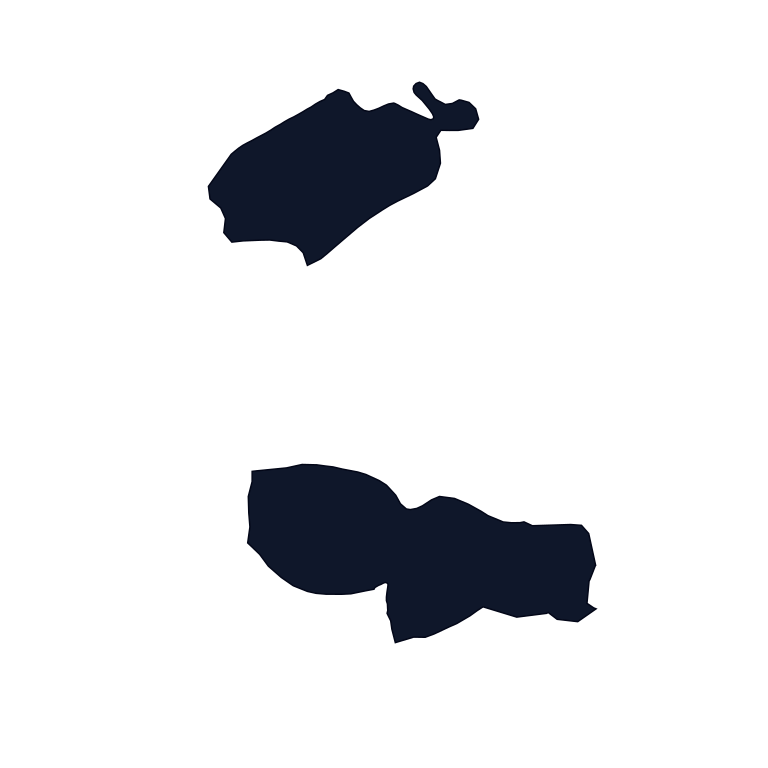 Amran, Hajjah, Yemen (Natural Earth projection), rotated 69°
{"feature_id": "15242507B71774555115176", "entity_name": "Amran", "entity_type": "district", "adm_level": 2, "iso_a3": "YEM", "parent_name": "Yemen", "parent_adm1": "Hajjah", "projection": "natural_earth1", "projection_center": [43.831, 15.676], "detail": "fine", "context": "isolated", "style": "filled", "palette": "ink", "viewbox_px": 768, "rotation_deg": 69, "n_neighbors": 0, "source": "geoboundaries", "source_scale": "gbopen_adm2", "svg_char_len": 2653}
<svg xmlns="http://www.w3.org/2000/svg" viewBox="0 0 768 768"><g transform="rotate(69 384 384)"><path d="M418.3,538.4L427.9,542.1L440.4,551.0L455.8,556.4L469.4,560.4L483.5,568.2L486.6,566.7L498.5,561.1L512.7,557.2L527.8,549.2L539.4,541.3L540.0,540.8L550.2,529.8L555.1,522.4L559.5,513.3L565.1,498.9L568.0,490.1L570.5,475.1L572.0,466.9L570.7,465.4L570.0,461.2L570.0,458.9L569.6,455.6L569.8,453.8L570.7,452.5L572.5,452.0L575.0,453.3L579.2,455.7L583.8,458.1L587.2,459.4L590.5,459.6L595.0,461.1L596.7,461.6L599.2,463.3L600.7,463.2L607.5,462.6L615.7,464.5L629.5,466.1L630.9,447.0L635.2,436.3L635.3,426.6L634.1,410.4L633.7,401.9L631.2,386.7L629.0,378.4L627.5,371.4L649.2,343.6L656.4,314.3L656.1,312.6L665.7,306.7L675.3,288.3L669.9,266.6L668.1,268.5L661.5,273.1L651.2,268.0L641.5,263.2L640.2,261.7L629.1,251.6L629.1,251.4L597.0,246.5L586.7,250.3L582.1,260.1L569.5,296.3L562.9,302.7L562.2,306.7L559.3,314.6L555.5,322.2L544.1,334.2L537.7,338.9L526.5,348.3L516.1,359.2L508.9,372.5L509.2,381.2L511.5,391.7L511.9,398.0L510.7,404.4L508.7,407.9L501.7,411.6L492.1,412.9L484.5,415.9L479.3,418.0L472.7,422.9L462.0,433.3L456.8,440.0L448.5,453.4L443.2,461.2L439.4,468.4L435.4,475.7L429.8,489.3L427.4,505.1L419.4,534.2L418.3,538.4ZM114.8,444.3L136.6,477.1L148.9,480.1L161.2,473.3L172.7,472.7L185.3,479.3L197.0,475.2L199.9,464.2L205.4,447.9L208.6,439.1L213.0,430.8L216.6,423.5L223.7,416.2L232.5,412.4L245.8,413.0L244.4,398.1L241.7,390.0L238.9,382.3L233.5,367.1L228.4,352.6L224.2,338.5L220.9,323.2L219.3,314.8L218.2,306.2L216.7,288.0L214.7,272.3L210.8,262.5L198.1,252.2L185.7,248.4L172.4,246.9L167.5,240.0L170.8,231.8L173.8,223.9L177.2,209.4L170.8,200.8L159.9,199.8L151.6,203.7L146.8,210.1L145.7,212.0L146.6,219.6L145.0,226.6L141.2,229.9L138.8,232.1L137.6,233.1L136.2,234.2L130.8,235.6L127.5,236.4L121.4,237.9L117.5,240.0L115.0,242.7L115.0,244.5L115.0,246.4L116.6,249.6L117.2,249.9L118.9,251.0L122.6,251.4L125.7,250.4L133.0,246.7L143.6,243.2L149.1,241.9L152.5,241.8L153.9,242.9L154.1,243.1L154.1,245.5L152.6,247.7L147.0,253.4L143.1,257.3L139.5,260.8L135.7,264.7L132.3,268.1L128.7,270.8L125.9,273.4L125.2,274.3L124.2,279.5L124.3,284.5L124.7,289.8L124.7,295.1L124.2,300.2L121.6,304.5L117.7,307.2L113.5,309.4L109.1,311.2L104.4,311.9L99.8,312.5L99.0,313.4L96.5,316.2L92.7,321.3L93.9,327.2L94.3,333.3L97.1,337.5L97.3,342.4L98.1,347.6L98.3,348.5L98.4,348.9L99.3,352.7L99.8,356.8L99.9,357.5L100.8,362.2L101.6,367.5L102.3,372.5L102.7,377.6L103.5,382.9L104.5,387.9L104.5,388.1L105.2,393.2L105.4,394.3L106.4,398.6L107.4,404.3L108.0,409.3L108.6,414.5L109.4,420.2L109.9,425.1L110.6,430.3L111.7,435.0L113.2,439.7L114.8,444.3Z" fill="#0f172a" stroke="#020617" stroke-width="1.5"/></g></svg>